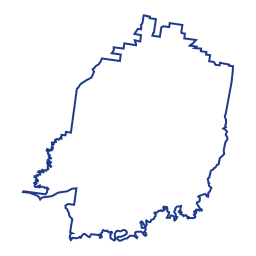 Nillumbik, Victoria, Australia (Mercator projection)
{"feature_id": "25037944B37493883083174", "entity_name": "Nillumbik", "entity_type": "district", "adm_level": 2, "iso_a3": "AUS", "parent_name": "Australia", "parent_adm1": "Victoria", "projection": "mercator", "projection_center": [145.196, -37.615], "detail": "fine", "context": "isolated", "style": "outline", "palette": "blue", "viewbox_px": 256, "rotation_deg": 0, "n_neighbors": 0, "source": "geoboundaries", "source_scale": "gbopen_adm2", "svg_char_len": 5845}
<svg xmlns="http://www.w3.org/2000/svg" viewBox="0 0 256 256"><path d="M70.8,240.1L71.4,239.6L72.2,237.7L75.9,238.3L78.0,237.9L79.8,236.8L80.2,237.1L80.4,237.7L80.8,237.8L81.9,235.6L83.3,234.2L84.1,233.9L84.9,234.0L88.8,237.0L89.6,237.2L90.6,235.0L91.4,234.2L98.2,235.0L99.2,234.7L99.6,235.1L99.8,237.7L100.3,237.8L101.8,236.9L100.8,233.8L102.3,232.2L102.6,230.5L103.2,230.1L105.3,231.1L107.5,230.6L108.4,232.1L109.1,232.4L110.9,231.8L111.8,232.0L112.0,232.9L110.2,234.7L110.5,236.0L110.3,237.5L111.0,238.5L114.2,240.5L114.7,240.2L115.1,239.5L115.1,237.4L114.7,235.3L114.9,233.7L115.9,231.8L117.2,230.7L120.4,231.4L121.3,231.1L122.8,230.1L124.4,230.0L126.0,230.9L126.9,232.3L126.5,234.0L124.0,235.5L120.8,236.8L118.9,236.7L117.8,237.0L117.0,238.2L117.1,238.7L119.2,240.6L120.9,240.6L124.8,238.7L127.2,238.4L129.2,236.4L130.2,235.8L134.0,235.8L136.9,238.1L137.4,237.2L136.2,236.2L135.0,233.1L135.5,232.3L136.3,231.8L141.3,231.6L143.1,233.4L143.5,234.5L145.2,235.8L145.8,235.7L146.4,235.0L145.9,233.1L144.6,232.4L144.3,231.8L145.4,230.4L145.7,229.4L145.7,228.5L144.3,227.9L141.7,227.8L141.5,226.6L141.6,224.8L140.4,222.7L140.7,222.0L141.7,221.4L142.8,222.5L144.8,225.9L145.3,226.3L145.9,226.3L146.8,224.3L146.2,222.1L146.1,221.1L146.4,220.5L148.8,222.0L150.2,222.1L150.9,221.2L151.0,220.1L153.9,218.9L154.7,216.9L155.4,216.4L155.7,214.5L154.5,213.3L154.5,212.6L157.1,212.5L158.6,210.8L160.4,210.8L161.2,210.2L162.1,211.1L164.0,210.3L165.5,208.6L164.9,208.1L163.6,208.7L163.2,207.5L163.7,206.7L166.9,207.1L167.4,208.3L167.2,211.2L167.4,211.6L168.6,211.9L169.3,212.6L166.9,217.8L170.1,217.8L170.3,215.9L170.5,215.6L171.5,215.5L173.2,216.0L174.4,217.4L174.2,220.0L174.7,220.5L176.3,218.8L177.2,217.0L175.8,216.4L175.7,214.1L174.3,212.3L174.2,211.3L175.2,209.8L175.3,208.7L175.9,207.6L177.2,206.5L179.7,206.4L181.0,206.0L180.2,210.1L179.6,211.1L178.7,211.4L178.8,212.0L179.1,212.3L179.8,212.3L180.4,211.6L180.9,211.5L181.6,212.4L180.4,213.5L180.4,214.1L183.3,215.1L183.5,216.1L185.9,215.1L187.4,216.8L188.1,217.0L187.4,217.7L188.2,218.5L189.2,217.9L193.8,218.1L195.0,217.5L195.3,216.5L194.3,215.4L195.0,214.7L194.2,214.3L194.9,213.7L194.3,211.8L194.8,211.8L196.1,212.6L196.4,212.0L196.3,211.5L195.1,211.4L195.0,211.1L196.2,210.9L195.9,210.2L196.3,209.6L196.7,209.5L197.1,210.0L198.0,209.7L199.7,210.7L200.8,210.1L201.7,210.5L201.9,210.1L201.6,209.4L200.8,209.6L200.5,209.3L196.8,203.4L197.0,202.4L199.1,201.6L199.7,200.8L199.9,197.9L198.3,196.6L199.1,196.0L205.0,193.9L206.3,194.8L206.6,196.2L208.1,196.7L208.4,192.6L209.8,191.5L211.3,187.8L209.1,185.9L208.7,183.9L209.2,183.3L208.3,182.5L208.4,181.3L208.0,180.5L207.7,178.8L209.2,177.6L210.5,172.0L211.3,170.3L213.5,169.3L213.8,168.3L215.1,167.7L215.8,166.9L217.0,164.8L218.5,164.4L219.0,163.2L218.9,161.3L219.5,160.6L219.5,159.2L219.9,158.1L223.2,155.1L224.2,153.9L223.7,150.3L225.4,142.2L227.4,139.3L227.3,137.3L225.7,134.9L227.0,131.5L225.4,129.7L223.3,128.6L224.3,127.8L224.7,127.8L225.1,127.4L225.9,127.2L225.9,126.8L225.2,125.4L226.2,122.6L225.9,120.7L226.1,119.8L224.8,117.1L225.0,115.5L225.6,114.5L231.6,81.9L232.7,72.0L233.0,66.2L229.0,65.7L229.2,64.6L220.0,62.8L219.6,65.3L215.4,64.8L214.4,62.6L213.6,61.9L209.2,61.3L210.1,55.1L206.0,54.6L206.4,52.0L200.8,51.2L201.1,48.6L195.0,48.1L196.1,47.5L196.6,46.6L189.7,45.7L190.5,44.8L192.7,43.7L196.0,40.0L184.3,38.4L184.9,33.6L182.0,33.2L181.7,32.4L181.3,32.3L182.4,25.0L169.7,23.1L169.1,27.1L163.4,26.3L161.3,27.4L159.9,36.8L152.4,35.7L153.2,33.0L153.9,32.7L155.9,19.1L149.6,18.2L149.9,16.6L146.7,16.2L146.7,15.8L143.7,15.4L142.4,23.2L140.8,25.2L141.3,26.2L141.3,27.5L140.8,28.1L141.2,28.8L141.0,29.4L137.9,28.8L134.5,33.9L141.0,35.2L140.2,41.5L134.8,40.3L135.2,42.1L136.0,43.5L136.0,45.2L124.3,43.4L123.6,48.6L113.7,47.3L113.8,50.2L111.8,53.2L120.8,54.5L119.9,61.0L101.9,58.5L100.6,61.5L98.6,64.4L96.0,65.9L94.1,68.3L92.8,69.0L92.7,69.5L94.1,71.7L91.4,77.6L86.1,80.4L80.5,84.1L78.1,87.8L76.9,88.6L70.9,132.6L65.9,131.9L65.4,135.3L61.5,134.9L61.7,135.7L60.9,137.0L61.0,138.1L61.5,138.1L61.5,138.6L59.9,138.2L59.4,139.3L58.8,139.8L57.3,139.0L56.3,139.1L55.0,140.0L55.1,140.5L56.0,141.4L55.8,142.1L54.4,142.0L53.3,142.8L51.9,142.6L52.0,143.1L53.5,143.6L53.8,144.0L53.5,144.3L52.0,144.5L52.0,145.0L52.6,145.6L52.6,146.0L51.6,147.6L51.4,148.5L52.0,148.7L52.5,148.1L52.9,148.1L52.5,149.5L51.2,150.5L48.9,149.8L47.3,149.0L47.0,149.4L47.5,150.1L46.8,150.7L47.4,151.1L49.0,150.9L48.9,151.3L47.8,152.8L48.2,154.1L49.7,154.9L49.6,155.9L48.8,156.2L48.8,156.6L50.7,157.6L51.1,158.2L50.8,158.5L49.2,158.4L48.0,159.6L48.8,160.4L48.4,161.2L49.0,161.6L50.7,161.8L51.0,162.4L50.5,162.9L49.2,163.0L47.4,161.7L47.1,163.5L47.5,164.0L48.7,163.9L50.0,164.7L51.2,166.6L50.8,166.9L48.6,165.5L48.2,165.5L47.6,166.5L47.9,168.4L48.4,169.0L48.3,169.3L47.1,169.5L46.2,170.7L45.3,170.2L44.2,170.4L43.9,170.8L43.7,172.1L43.3,172.4L42.4,171.8L42.9,170.6L42.7,170.1L42.2,169.8L41.9,170.2L41.8,171.0L40.9,172.0L40.5,171.2L39.0,171.1L38.1,172.0L40.0,172.9L40.3,174.5L40.1,174.7L39.3,174.4L38.4,175.0L37.9,175.8L36.8,175.0L35.6,176.2L34.4,176.3L34.5,177.1L36.3,177.7L36.1,179.1L37.6,179.7L38.0,180.8L37.9,181.2L36.7,180.8L35.7,180.9L35.7,181.8L36.6,183.1L36.3,183.8L34.8,182.9L34.1,183.1L34.2,183.4L34.9,183.8L35.0,184.5L34.7,186.2L35.3,186.9L36.2,187.1L39.8,185.4L39.9,186.0L39.0,186.7L38.8,187.2L39.6,187.3L42.3,186.6L43.6,187.0L44.7,187.9L46.0,187.5L47.1,187.7L48.3,188.8L47.1,189.4L47.5,190.4L47.1,191.2L47.0,192.4L46.1,193.2L45.5,194.3L23.7,191.3L23.4,191.3L23.0,192.0L29.7,192.8L37.4,195.8L39.2,197.4L40.2,199.5L41.2,198.2L42.5,197.4L51.1,196.3L52.8,195.7L57.5,193.0L58.9,192.5L67.2,191.3L72.1,188.7L76.4,188.3L74.1,204.8L67.9,204.0L65.4,205.7L65.6,206.8L65.5,207.9L67.0,209.0L68.8,212.8L69.3,215.5L70.5,217.3L71.8,218.4L72.0,219.6L72.3,219.7L71.3,224.6L70.2,232.2L72.2,233.2L71.3,233.3L70.4,234.2L69.7,237.7L70.8,240.1Z" fill="none" stroke="#1e3a8a" stroke-width="2"/></svg>